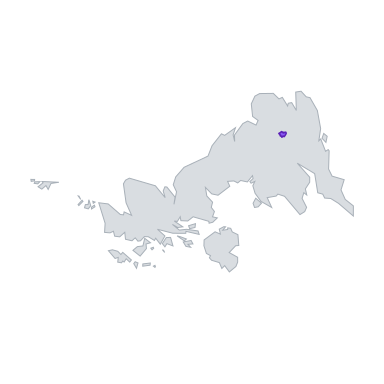 Milton Keynes highlighted on a map of United Kingdom, rotated 260°
{"feature_id": "GBR-2038", "entity_name": "Milton Keynes", "entity_type": "Unitary Authority", "adm_level": 1, "iso_a3": "GBR", "parent_name": "United Kingdom", "parent_adm1": "", "projection": "orthographic", "projection_center": [-0.733, 52.07], "detail": "fine", "context": "in_parent", "style": "filled", "palette": "violet", "viewbox_px": 384, "rotation_deg": 260, "n_neighbors": 0, "source": "natural_earth", "source_scale": "10m", "svg_char_len": 4264}
<svg xmlns="http://www.w3.org/2000/svg" viewBox="0 0 384 384"><g transform="rotate(260 192 192)"><path d="M202.1,300.7L186.1,310.5L181.2,309.6L175.4,304.2L169.1,304.5L171.9,302.0L166.6,299.3L157.0,302.2L153.1,299.6L151.0,294.4L171.7,282.4L175.0,276.2L173.4,274.2L173.4,265.1L162.9,267.8L170.8,258.3L179.8,253.9L187.6,253.0L191.5,255.7L190.4,251.7L192.2,250.8L194.7,254.5L197.6,254.4L192.3,248.3L194.9,241.9L193.0,238.6L195.6,235.2L196.3,228.9L191.1,230.2L184.3,217.1L186.7,211.1L194.2,206.0L185.5,205.9L178.4,210.5L173.5,208.3L168.9,210.7L164.0,207.9L162.1,212.4L158.6,207.2L158.3,203.4L160.2,203.5L167.4,188.8L164.2,182.8L165.7,176.1L169.7,176.1L165.6,172.5L166.5,169.5L159.3,176.9L159.5,171.8L163.5,167.1L156.7,172.9L156.2,180.2L152.6,191.2L149.0,191.7L154.3,179.2L152.4,178.7L154.7,166.0L161.3,151.5L153.4,157.7L146.1,151.7L152.8,148.2L150.8,146.6L155.6,141.1L156.3,137.3L152.9,132.8L153.0,130.2L156.7,128.1L154.4,124.4L157.0,118.3L164.0,118.8L160.4,113.0L161.9,108.2L167.0,107.8L166.0,104.2L167.4,98.9L176.3,101.0L197.6,98.3L194.8,107.4L182.3,117.5L181.4,120.6L184.2,121.7L179.5,128.5L192.8,125.2L212.0,125.9L215.2,128.6L216.5,132.7L204.5,157.0L191.1,164.6L198.0,163.8L201.8,166.2L201.3,168.1L189.9,174.4L183.0,172.1L194.9,176.8L202.4,174.8L209.7,178.6L217.7,188.5L224.6,214.0L234.1,219.8L244.2,231.1L242.1,234.0L247.8,246.0L241.1,242.4L234.3,242.8L240.7,243.7L250.6,254.0L252.2,259.2L246.8,266.7L251.0,269.5L255.9,264.8L268.5,265.7L275.5,270.6L277.2,275.7L275.0,289.2L268.6,293.8L269.5,297.4L260.1,301.1L262.7,302.2L262.7,305.7L254.2,308.9L272.4,311.5L272.3,316.9L265.9,321.0L264.4,324.6L250.5,329.6L232.1,329.7L220.4,325.8L221.9,328.0L208.9,330.6L210.1,333.5L208.7,334.2L190.9,330.5L183.3,332.7L177.7,344.0L168.2,339.1L158.1,341.6L150.3,348.5L140.3,346.7L155.4,334.3L161.5,327.5L163.0,321.6L167.2,320.4L169.4,315.7L188.8,316.0L202.1,300.7ZM142.0,229.8L131.2,228.8L131.5,225.7L125.9,218.1L119.8,225.6L115.0,224.8L111.0,222.3L106.8,214.9L113.8,211.4L111.5,208.1L117.7,206.7L121.4,199.4L124.2,197.7L126.1,199.2L129.0,195.5L137.0,194.4L142.7,195.6L148.8,207.8L145.6,212.7L150.7,212.4L152.3,217.3L151.9,219.0L149.0,215.6L148.9,220.6L150.5,221.0L149.5,223.8L145.7,224.7L142.0,229.8ZM148.9,103.6L146.5,108.6L142.8,111.1L144.6,113.3L135.6,120.5L133.8,118.5L137.7,115.6L134.8,113.0L136.0,111.8L134.5,110.3L135.8,106.7L140.4,108.0L139.9,104.7L148.7,99.5L148.9,103.6ZM147.7,128.7L147.4,134.3L154.6,137.4L149.2,142.3L148.8,137.7L144.2,137.3L137.9,129.8L144.8,123.7L147.7,128.7ZM223.9,41.3L226.9,46.9L228.4,46.1L224.7,62.6L224.9,54.6L219.5,50.8L223.7,49.3L220.9,44.6L223.9,41.3ZM151.0,163.0L142.2,163.9L145.5,158.3L142.7,155.8L146.4,153.8L151.6,158.8L151.0,163.0ZM170.3,250.2L174.8,253.7L168.9,258.5L165.9,254.6L165.9,250.9L170.3,250.2ZM144.3,174.7L144.4,182.7L140.7,183.9L141.2,178.9L137.8,181.1L139.5,176.6L144.3,174.7ZM198.1,84.8L197.7,87.5L202.3,89.1L196.1,89.9L193.4,86.9L195.1,83.4L198.1,84.8ZM160.2,189.9L156.5,188.8L156.3,183.3L159.4,182.8L160.2,189.9ZM226.8,331.9L223.4,334.8L217.6,332.5L222.3,329.4L226.8,331.9ZM146.7,178.3L145.2,175.9L151.4,169.7L149.9,172.9L146.7,178.3ZM131.6,122.2L133.2,123.9L131.5,126.5L126.5,124.1L131.6,122.2ZM129.3,138.6L127.2,138.0L127.5,130.6L129.7,131.1L129.3,138.6ZM228.6,44.1L226.8,41.5L227.9,38.1L229.3,39.1L228.6,44.1ZM203.0,82.3L201.7,83.0L198.3,78.2L199.4,77.6L203.0,82.3ZM196.0,93.6L194.3,93.9L192.7,90.1L194.5,90.3L196.0,93.6ZM232.4,35.5L231.7,39.2L230.3,38.8L230.4,35.5L232.4,35.5ZM207.6,80.0L204.0,81.1L207.9,79.2L207.6,80.0ZM144.3,144.3L143.2,144.5L142.0,142.6L143.8,141.7L144.3,144.3ZM200.1,92.7L198.9,94.8L198.0,92.8L200.1,92.7ZM139.5,153.9L137.2,154.6L140.3,152.8L139.5,153.9ZM126.2,142.8L124.8,143.0L124.2,142.4L125.7,141.1L126.2,142.8Z" fill="#d9dde1" stroke="#a8b0b8" stroke-width="1"/><path d="M233.9,294.9L233.2,294.9L232.2,294.1L231.1,293.1L230.6,292.4L230.8,292.2L230.8,291.7L231.2,291.6L231.3,291.5L231.3,291.3L230.9,290.9L230.6,290.4L230.4,290.3L230.4,290.0L231.4,289.7L231.6,289.4L231.6,289.1L231.7,288.9L232.3,289.1L232.5,288.6L233.1,288.7L234.4,287.7L235.0,288.3L234.9,289.1L235.6,289.9L235.9,290.6L235.1,291.2L235.0,291.3L235.2,291.6L234.7,291.8L234.4,292.3L234.7,292.3L234.9,292.6L234.8,293.3L234.5,293.8L234.7,294.5L234.4,294.9L233.9,294.9Z" fill="#8b5cf6" stroke="#5b21b6" stroke-width="1.5"/></g></svg>